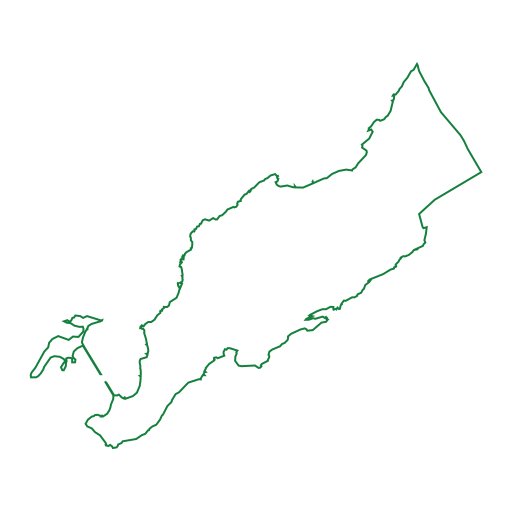 Frosta nor, Nord-Trøndelag, Norway (orthographic projection)
{"feature_id": "86288312B77000887435239", "entity_name": "Frosta nor", "entity_type": "district", "adm_level": 2, "iso_a3": "NOR", "parent_name": "Norway", "parent_adm1": "Nord-Trøndelag", "projection": "orthographic", "projection_center": [10.738, 63.607], "detail": "fine", "context": "isolated", "style": "outline", "palette": "green", "viewbox_px": 512, "rotation_deg": 0, "n_neighbors": 0, "source": "geoboundaries", "source_scale": "gbopen_adm2", "svg_char_len": 6028}
<svg xmlns="http://www.w3.org/2000/svg" viewBox="0 0 512 512"><path d="M425.3,242.6L424.4,240.2L425.9,233.8L426.7,227.2L423.4,228.2L422.5,226.7L419.1,214.0L434.8,199.7L481.3,172.1L467.7,148.9L464.1,141.1L460.5,135.2L440.9,112.1L429.1,90.1L428.6,88.0L424.4,81.2L419.0,70.8L417.7,65.4L417.0,64.0L413.5,70.0L411.1,71.2L407.3,77.8L403.7,82.1L401.9,86.4L399.5,89.0L398.8,90.8L395.6,94.6L393.8,94.3L393.0,95.3L392.8,95.7L393.9,95.6L394.2,96.4L393.8,99.2L393.3,100.3L392.0,100.6L392.8,101.7L390.6,110.9L387.5,116.0L386.1,116.7L384.1,119.3L380.2,120.8L379.2,119.9L376.7,119.7L373.9,122.1L371.2,126.3L368.7,128.3L369.0,129.2L368.3,130.6L371.2,129.5L372.7,131.7L369.2,138.6L361.9,144.6L362.5,145.5L362.1,147.6L366.5,150.6L366.8,152.3L366.0,155.0L358.2,163.3L355.6,167.4L352.4,169.5L352.1,170.5L346.2,169.6L339.0,170.9L332.0,174.0L326.9,178.1L323.8,178.5L313.7,183.0L313.2,183.0L312.7,181.4L312.5,181.7L313.1,183.3L303.0,187.6L295.8,187.4L294.9,186.2L295.0,187.2L294.8,187.4L292.8,187.2L287.3,185.5L280.6,186.6L278.8,186.1L276.8,184.7L275.6,182.2L277.4,181.4L278.3,178.8L277.5,178.4L277.0,177.0L278.7,175.5L277.2,176.2L275.1,174.1L270.5,175.5L267.5,178.1L265.2,179.0L264.2,180.4L259.3,182.3L254.2,187.5L251.2,189.0L250.7,190.7L249.6,192.1L248.8,191.6L249.6,191.0L249.2,190.6L246.3,194.1L244.7,194.5L241.2,198.7L240.5,200.1L240.8,200.9L237.8,201.8L237.2,203.6L237.6,204.8L236.2,206.8L234.3,207.4L233.4,206.9L227.3,209.6L226.2,211.4L222.2,215.2L219.6,216.0L217.1,219.4L215.6,219.5L213.1,218.1L209.2,220.6L205.0,219.3L202.7,220.3L201.0,223.7L199.9,223.9L199.0,226.2L197.1,226.6L196.1,228.8L194.4,229.4L194.7,230.5L194.2,231.5L192.8,231.3L190.7,233.6L190.1,236.4L190.8,237.6L190.9,240.4L192.2,241.9L192.3,244.3L191.9,247.8L190.8,248.2L191.0,249.6L186.4,252.2L185.0,253.7L184.5,255.5L183.0,255.3L182.4,256.5L183.7,256.2L183.2,257.8L183.7,258.0L183.5,259.4L181.3,259.0L180.5,259.9L180.9,260.5L180.4,261.9L181.6,261.6L181.9,262.3L179.9,264.6L179.5,266.5L181.1,267.0L181.8,269.3L182.6,275.0L182.5,275.8L181.9,275.9L182.5,277.1L182.4,278.7L182.7,279.7L182.3,281.4L179.9,282.9L182.0,283.6L180.2,288.1L178.8,286.7L178.1,284.7L178.0,283.4L178.5,282.4L177.8,283.0L178.1,285.5L178.6,286.6L179.8,288.3L178.4,293.4L176.5,297.8L169.8,302.1L168.9,305.6L167.1,307.0L163.9,306.9L164.0,307.9L162.1,309.3L162.3,309.8L162.1,310.7L160.4,310.8L160.2,311.3L160.6,311.8L160.2,313.0L157.3,315.3L154.5,319.7L151.1,322.1L148.2,322.0L145.2,324.1L143.6,326.3L141.8,325.3L140.5,326.7L140.3,327.8L141.4,327.3L141.2,328.3L141.6,328.7L143.3,328.9L144.3,330.3L144.4,332.3L144.1,332.8L146.0,338.9L146.9,343.7L146.2,344.5L147.1,344.9L148.1,348.7L148.3,350.9L147.7,353.4L146.3,353.8L147.5,354.7L146.7,357.2L140.6,359.0L139.8,360.5L139.7,362.9L140.4,366.2L140.2,368.6L140.6,369.2L140.8,373.0L140.7,375.7L139.9,375.9L140.7,376.5L140.4,381.2L139.7,386.0L136.9,392.7L132.9,396.1L125.5,398.7L124.7,397.4L124.3,397.8L124.7,398.4L124.2,398.7L122.1,397.7L118.8,394.6L117.3,395.4L114.1,395.4L106.7,383.2L105.0,381.4L113.4,395.4L113.2,399.1L110.9,404.7L110.4,407.4L109.4,410.2L107.2,413.7L103.0,416.5L101.8,416.5L102.3,416.0L102.0,415.6L100.8,416.0L97.7,414.8L94.9,415.1L93.7,416.2L91.7,416.6L87.9,419.7L85.6,423.8L87.3,426.4L91.8,428.4L95.1,432.2L100.0,435.3L105.7,442.9L106.1,444.1L105.6,444.6L105.9,445.4L108.5,446.0L110.1,444.9L112.0,446.3L112.9,448.0L116.6,447.4L117.7,446.0L118.2,444.5L121.4,443.1L122.7,441.3L136.2,439.0L141.9,435.1L145.2,433.9L148.0,430.4L149.1,430.1L149.5,428.7L152.5,426.4L156.3,424.7L160.1,419.5L161.9,415.5L163.0,414.6L167.4,406.0L171.2,402.3L171.9,400.9L171.8,400.4L175.6,394.1L178.9,392.4L188.3,382.6L199.0,379.2L200.8,379.4L200.9,378.2L202.7,375.2L204.5,375.2L203.7,374.3L203.7,373.5L204.4,372.4L205.6,372.0L204.4,371.2L205.8,368.7L205.7,368.1L209.2,363.9L214.4,360.3L214.6,359.6L214.0,359.1L214.1,357.8L216.2,357.3L217.7,358.2L224.3,355.7L223.6,353.8L223.6,351.8L225.0,349.2L226.4,349.7L227.6,348.2L229.9,348.2L237.4,350.6L236.3,352.2L236.7,353.5L235.4,356.5L235.1,360.8L238.6,365.6L241.4,366.2L255.0,365.5L258.5,367.9L260.4,367.6L261.4,366.2L260.8,365.6L261.7,364.0L267.9,360.8L267.8,360.2L269.3,357.0L269.1,355.5L268.5,354.9L269.4,351.6L272.3,349.5L280.2,346.2L281.9,344.1L284.7,342.9L287.6,340.0L288.1,338.0L288.0,336.4L291.1,333.8L300.4,329.5L304.7,328.4L306.5,329.3L307.3,330.7L312.8,330.1L321.5,322.6L326.0,321.8L327.8,319.6L326.6,319.1L327.1,318.1L326.7,317.6L325.8,317.8L325.7,317.2L324.7,317.9L322.8,316.6L315.3,318.8L313.1,318.2L308.9,319.7L305.6,319.8L306.3,318.9L312.3,316.2L309.3,315.5L309.9,315.0L316.9,311.3L322.4,309.2L326.1,309.2L330.5,306.8L333.4,307.0L333.3,309.2L333.6,309.7L335.7,308.9L336.4,309.4L337.5,307.6L338.9,309.0L339.9,308.8L340.7,305.3L341.8,304.3L341.5,303.8L343.9,300.6L345.8,300.8L352.1,297.3L354.6,297.3L357.2,295.8L357.5,294.4L361.2,292.7L362.8,289.7L363.8,289.0L365.3,285.0L369.3,282.0L369.9,281.1L368.3,281.8L368.2,281.0L369.9,279.4L383.0,274.2L390.7,269.5L393.9,268.6L394.1,267.4L396.1,266.6L396.2,266.1L395.6,265.7L395.7,264.5L398.4,261.8L399.6,259.5L400.9,258.4L400.6,257.8L400.9,257.5L403.2,256.2L405.1,256.4L408.7,255.0L412.3,252.2L413.8,250.1L416.5,249.5L415.9,249.1L422.9,245.9L423.7,244.1L425.3,242.6ZM80.3,316.1L75.3,315.5L74.1,317.5L72.4,317.9L71.1,320.7L69.7,321.7L67.3,320.2L64.0,321.3L66.7,322.7L70.5,323.1L74.5,325.7L79.5,326.9L82.8,326.7L83.5,328.7L83.3,331.5L78.5,336.9L72.9,336.6L68.7,339.9L58.2,336.1L52.4,339.0L49.1,342.9L48.2,347.4L44.4,351.4L35.4,367.7L31.5,372.7L30.7,375.1L31.0,377.3L36.0,377.3L38.0,376.3L40.7,373.5L43.3,369.4L44.2,366.8L50.7,357.5L54.4,356.2L59.8,356.8L63.6,358.9L64.8,360.4L65.0,362.2L63.9,362.6L61.0,367.2L62.3,370.2L63.7,370.3L65.8,366.2L65.9,363.4L66.6,361.2L66.2,358.5L68.3,357.7L71.1,358.0L72.1,358.7L72.2,362.4L75.1,362.3L75.4,359.5L73.8,358.3L72.6,355.9L73.8,351.5L77.4,348.2L82.4,345.8L83.2,346.1L100.3,374.2L100.9,374.2L84.5,347.4L82.1,342.9L82.0,341.8L83.0,337.4L85.2,332.0L86.9,329.0L88.3,329.8L87.0,329.0L88.4,325.9L91.7,323.9L100.2,321.4L102.1,320.5L102.2,320.1L101.2,320.5L87.0,316.1L83.1,317.9L80.3,316.1Z" fill="none" stroke="#15803d" stroke-width="2"/></svg>